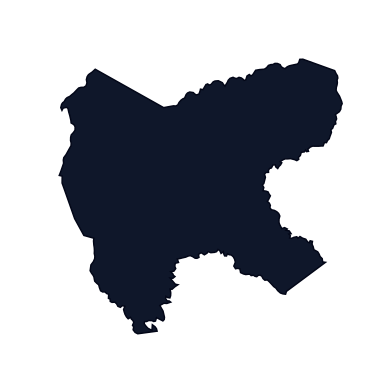 Arapoti, Paraná, Brazil, rotated 189°
{"feature_id": "56859067B71427731295811", "entity_name": "Arapoti", "entity_type": "district", "adm_level": 2, "iso_a3": "BRA", "parent_name": "Brazil", "parent_adm1": "Paraná", "projection": "orthographic", "projection_center": [-50.012, -24.073], "detail": "fine", "context": "isolated", "style": "filled", "palette": "ink", "viewbox_px": 384, "rotation_deg": 189, "n_neighbors": 0, "source": "geoboundaries", "source_scale": "gbopen_adm2", "svg_char_len": 4824}
<svg xmlns="http://www.w3.org/2000/svg" viewBox="0 0 384 384"><g transform="rotate(189 192 192)"><path d="M226.2,44.4L223.4,43.5L204.7,49.1L205.7,51.4L207.4,53.1L210.4,54.7L210.2,52.4L209.9,49.0L214.4,50.6L216.7,52.5L218.6,54.4L218.6,56.6L216.5,57.0L214.7,58.3L211.5,58.7L209.5,58.1L207.9,58.8L207.4,62.4L202.9,60.9L200.6,60.1L199.5,61.7L199.6,64.0L202.0,69.9L203.3,71.5L206.0,74.9L202.4,77.7L199.4,78.0L195.8,79.9L197.4,80.8L199.6,80.6L201.4,82.7L201.4,84.8L199.6,83.9L197.3,83.9L196.9,86.1L197.2,89.0L198.4,92.7L196.5,92.8L194.1,95.7L191.4,98.2L194.0,98.3L196.4,100.3L200.2,103.6L197.4,103.8L195.6,105.8L197.2,106.7L198.2,108.2L200.6,109.9L197.5,111.0L196.1,113.8L197.4,116.0L197.4,119.0L194.3,120.3L196.0,123.5L193.1,124.6L191.0,125.5L188.0,126.7L185.8,128.1L183.8,128.9L181.3,128.3L178.6,127.1L176.7,127.3L174.9,128.5L175.8,131.4L173.5,133.5L170.0,131.9L167.7,133.8L166.6,135.7L164.0,135.0L160.4,135.9L158.4,136.9L157.3,139.3L155.3,138.3L153.7,135.9L151.7,138.0L151.1,136.1L149.8,134.0L147.9,134.2L147.4,136.5L145.6,135.9L143.3,135.9L141.1,134.5L139.5,132.4L138.2,129.5L139.1,125.4L137.0,123.0L135.1,123.7L132.7,123.6L131.4,120.0L128.3,119.1L126.0,118.9L123.8,119.5L122.0,119.8L120.5,118.7L118.3,119.4L116.6,118.6L114.8,118.5L113.6,120.0L111.8,120.6L109.8,119.7L108.3,117.6L106.3,116.3L103.8,116.9L101.8,115.6L99.1,113.5L96.5,111.4L94.1,110.2L91.9,108.0L88.9,106.1L86.3,105.6L83.6,105.7L83.2,108.6L49.2,143.4L52.0,143.4L53.0,146.6L55.4,148.3L56.7,150.5L58.5,152.6L60.7,153.4L62.5,154.0L63.8,157.0L65.3,159.3L65.3,162.1L67.7,162.3L68.2,160.3L69.9,160.7L72.3,163.2L75.6,163.7L78.4,164.9L80.2,162.8L81.5,164.2L84.4,163.1L86.3,161.8L88.4,161.9L88.0,164.2L89.7,165.6L87.6,166.3L89.9,168.8L93.3,168.9L92.2,170.4L95.0,171.3L97.6,169.9L99.1,171.9L100.6,174.0L101.4,175.8L101.8,178.8L101.5,182.0L103.1,184.4L105.2,185.8L107.7,186.7L110.9,186.9L112.7,188.9L112.5,191.0L113.9,193.1L116.1,194.5L115.2,196.6L114.0,200.5L115.6,202.1L116.9,204.0L118.9,204.4L122.1,204.4L121.8,207.7L123.6,210.0L122.4,211.6L121.8,218.0L123.2,221.0L122.1,222.8L119.5,223.4L119.9,225.3L119.1,227.3L117.3,228.2L116.3,231.3L114.1,231.9L113.2,229.9L111.0,228.6L110.1,230.9L108.8,232.6L107.9,234.9L109.6,235.7L108.3,237.1L106.8,238.3L105.2,239.3L102.7,239.7L99.9,240.4L97.8,240.2L95.6,240.0L93.4,239.4L91.7,240.9L92.3,242.8L90.7,245.0L90.3,248.3L87.3,249.2L86.5,251.1L85.2,249.8L83.3,250.4L84.3,252.4L82.2,254.9L80.0,256.2L77.5,256.5L74.3,257.0L72.3,257.5L69.7,258.0L69.0,261.5L66.9,261.8L66.2,264.1L64.8,266.0L64.5,268.2L64.0,270.6L63.6,272.7L64.6,275.3L63.1,276.8L62.3,280.6L60.6,281.8L61.4,284.1L60.6,286.8L61.5,289.2L62.5,290.9L60.7,292.7L59.0,294.4L58.0,297.1L58.2,300.3L57.5,302.7L58.2,304.5L59.3,306.4L61.3,309.7L64.4,313.2L65.6,315.0L65.8,318.0L65.5,320.2L65.5,322.6L66.2,325.3L65.8,327.3L66.5,329.5L68.2,331.4L70.1,334.2L71.8,334.5L81.3,336.3L103.2,340.5L106.3,339.9L106.8,336.5L107.8,334.9L113.8,332.6L115.7,331.8L117.6,330.5L119.4,328.4L121.2,328.7L123.3,329.6L124.9,331.6L127.7,332.3L130.2,332.0L132.2,330.5L134.0,330.2L136.3,329.0L137.8,326.4L139.8,324.6L141.9,324.1L144.4,323.5L148.2,322.2L150.4,317.2L151.9,315.9L153.8,317.0L155.8,315.2L156.4,311.2L158.0,310.3L159.4,311.5L161.2,312.4L163.5,312.6L165.5,311.1L167.4,311.1L169.4,311.7L172.2,310.2L173.7,308.0L174.2,306.0L176.0,301.7L177.8,303.2L179.1,304.7L181.3,305.4L183.4,306.0L186.7,305.2L188.3,304.1L190.0,301.2L191.9,300.3L193.4,301.2L195.0,300.3L196.0,297.8L197.2,294.8L199.7,294.9L199.8,293.0L200.5,289.7L203.1,288.5L204.9,289.4L206.3,290.4L209.9,290.4L211.9,289.1L213.0,287.4L214.0,283.6L215.6,282.6L217.2,281.0L218.8,278.4L219.6,275.8L221.4,274.4L223.8,274.2L233.2,270.9L306.8,298.1L309.3,294.9L311.1,293.2L312.6,291.7L313.6,289.5L313.9,286.5L312.8,283.3L313.3,280.3L315.2,278.5L318.0,278.0L320.2,277.0L321.8,274.8L324.2,271.3L326.2,269.1L327.7,267.3L330.1,265.7L331.4,264.0L332.4,261.3L333.7,259.9L334.5,258.2L334.8,254.8L333.2,252.3L332.4,254.7L329.2,256.0L327.6,255.2L326.2,251.6L324.6,248.2L322.8,243.7L322.2,241.3L320.4,240.6L318.8,239.7L317.6,238.0L317.2,234.7L318.5,232.1L320.2,229.5L320.4,227.0L320.0,223.8L319.0,221.5L318.7,218.8L320.1,215.1L322.2,209.3L324.0,205.9L324.1,203.4L323.3,200.3L324.7,192.3L325.7,187.6L322.7,187.4L321.7,180.5L319.0,175.6L303.7,147.3L292.0,132.2L281.7,131.0L281.6,128.2L280.7,124.5L279.8,121.6L279.2,118.8L278.9,116.0L277.9,113.4L277.7,110.9L278.5,107.8L279.4,106.1L280.4,104.2L280.3,98.3L278.6,96.2L276.5,94.1L275.5,92.6L274.8,90.5L274.1,88.7L271.8,87.0L269.6,85.7L268.4,82.9L266.8,80.1L264.6,79.3L262.4,79.7L260.2,78.3L258.3,78.0L257.9,73.9L256.1,73.4L255.6,71.1L253.7,70.5L251.0,71.1L249.0,69.8L247.3,67.5L244.7,66.9L243.0,68.9L240.4,68.6L241.2,65.3L240.3,63.2L239.0,60.7L237.2,58.4L235.2,56.8L233.1,58.6L232.0,57.0L230.3,55.9L229.1,54.1L229.9,51.0L228.5,49.7L228.6,46.7L226.2,44.4Z" fill="#0f172a" stroke="#020617" stroke-width="1.5"/></g></svg>